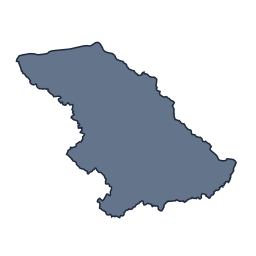 Entrerrios, Antioquia, Colombia, rotated 174°
{"feature_id": "7082276B40374879767570", "entity_name": "Entrerrios", "entity_type": "district", "adm_level": 2, "iso_a3": "COL", "parent_name": "Colombia", "parent_adm1": "Antioquia", "projection": "mercator", "projection_center": [-75.561, 6.592], "detail": "fine", "context": "isolated", "style": "filled", "palette": "slate", "viewbox_px": 256, "rotation_deg": 174, "n_neighbors": 0, "source": "geoboundaries", "source_scale": "gbopen_adm2", "svg_char_len": 5749}
<svg xmlns="http://www.w3.org/2000/svg" viewBox="0 0 256 256"><g transform="rotate(174 128 128)"><path d="M232.0,206.0L231.5,205.7L230.6,205.7L229.6,205.1L229.8,203.4L229.0,201.9L229.0,200.6L228.4,199.5L228.2,197.3L228.0,196.9L228.0,195.8L227.2,195.4L227.0,193.7L226.7,193.2L225.8,192.9L225.1,192.4L223.8,189.6L222.6,189.0L221.9,188.0L221.1,187.2L221.0,186.6L220.1,185.3L220.7,184.7L220.6,183.2L219.0,181.4L217.5,180.8L214.8,181.3L214.5,180.6L214.5,179.4L214.0,178.2L213.1,177.1L212.0,176.3L210.5,176.3L209.2,175.7L208.3,175.6L207.1,175.9L205.1,175.1L203.6,175.2L203.4,174.8L203.7,173.9L203.6,173.1L203.0,173.0L202.8,171.9L201.9,170.9L199.3,168.6L198.6,166.9L193.2,166.8L192.1,166.3L191.6,165.5L191.7,164.9L193.9,164.2L194.3,163.6L194.2,163.0L193.7,161.7L192.8,161.0L192.5,160.0L191.9,159.8L191.0,160.7L190.5,160.6L190.4,158.5L190.0,158.0L188.3,157.2L187.6,157.3L185.4,159.2L184.7,159.3L183.6,157.1L183.0,156.9L181.2,157.3L180.4,156.8L180.5,155.2L181.7,152.4L181.6,151.6L180.5,150.1L181.3,149.6L181.5,149.0L180.2,147.4L180.2,146.9L181.4,146.4L182.9,145.3L183.3,144.8L183.3,143.9L182.9,143.6L182.2,143.5L181.9,142.5L181.2,141.9L178.1,140.6L177.4,140.1L177.2,139.3L177.5,137.8L176.7,137.8L175.7,136.3L175.9,136.0L177.2,135.7L177.4,135.4L177.5,134.8L177.2,132.9L176.7,132.9L175.9,133.5L175.1,132.8L174.2,133.4L173.7,132.9L174.2,131.8L173.9,130.7L175.8,129.0L176.0,128.5L172.7,127.1L172.1,126.6L172.0,126.1L172.3,125.5L174.0,123.9L174.2,121.4L174.4,121.0L175.3,120.7L175.8,119.3L176.5,119.0L177.6,119.4L179.6,118.1L180.8,117.7L181.1,117.5L181.4,115.7L182.3,114.9L185.2,114.3L187.2,114.8L187.3,114.4L187.0,113.5L190.0,111.9L190.3,110.8L191.9,108.2L190.1,106.9L189.2,105.4L188.2,104.8L187.5,103.1L186.7,102.8L186.7,102.1L186.0,100.9L184.3,100.3L183.4,99.4L183.0,98.5L183.0,97.1L180.7,94.4L180.1,93.2L178.2,92.2L176.4,91.8L174.7,90.0L173.2,89.4L173.0,89.0L173.1,87.0L172.8,86.7L172.2,86.5L170.3,88.2L168.4,88.5L167.4,89.8L166.1,90.2L165.1,91.4L164.4,91.6L163.9,91.1L163.6,89.6L162.9,88.9L162.2,87.4L161.6,87.0L160.2,86.7L159.0,86.1L158.1,84.7L156.8,83.3L156.0,80.3L155.1,79.6L156.1,76.9L155.9,75.8L156.1,75.1L155.6,74.6L153.1,74.4L152.7,73.8L152.4,71.9L151.1,71.5L150.7,71.0L150.7,69.2L152.3,66.4L152.5,63.1L152.9,62.7L153.4,62.7L155.2,64.4L156.0,64.5L159.3,59.7L160.7,58.4L161.3,58.5L161.6,59.0L163.0,60.2L163.3,61.0L163.6,61.0L164.2,60.8L165.6,59.5L166.2,58.2L166.0,57.6L165.0,57.6L164.6,57.2L163.9,56.0L164.0,53.8L164.6,51.8L164.6,51.1L163.2,50.3L162.2,49.1L159.3,47.1L158.9,46.5L158.7,45.0L157.9,43.9L156.3,43.5L154.5,44.0L153.6,42.3L153.5,41.3L152.1,42.0L151.5,41.8L150.5,41.2L148.9,41.7L145.8,39.7L145.4,40.0L144.9,41.2L144.4,41.7L142.6,41.1L141.7,41.5L141.0,42.3L140.9,43.7L139.9,44.7L139.0,46.1L136.6,46.5L135.7,47.5L134.5,46.8L132.3,47.1L131.8,47.4L131.2,48.6L129.2,48.9L128.0,50.7L124.7,52.1L123.7,53.3L123.0,53.2L122.2,53.9L121.2,53.8L120.6,53.5L120.7,51.5L120.0,49.7L118.9,50.0L118.3,50.0L116.9,50.9L114.8,50.6L113.5,49.7L112.5,49.5L112.3,48.9L112.5,48.0L112.0,47.3L111.3,47.4L110.8,48.1L110.3,48.3L109.0,47.4L107.6,47.5L106.8,47.2L106.2,46.2L106.3,43.8L104.8,42.5L103.5,42.1L103.0,42.2L101.9,43.7L101.4,44.0L101.4,44.6L100.6,45.4L100.2,47.5L99.6,48.3L98.4,49.0L97.8,50.0L96.5,50.4L95.6,51.3L94.8,50.6L92.7,50.8L91.6,50.6L89.9,50.9L88.2,50.6L87.9,51.3L87.3,51.6L84.2,49.6L82.3,49.8L80.7,49.1L80.2,49.5L79.8,48.5L79.3,48.2L78.0,49.2L77.5,49.2L76.5,50.3L75.5,50.4L74.4,51.1L72.0,51.3L71.5,52.2L70.1,51.1L68.1,51.1L67.5,50.6L66.1,51.6L65.3,51.6L64.6,50.2L63.9,49.9L62.7,50.5L62.3,51.2L62.3,52.8L61.8,54.0L61.3,54.7L60.5,54.9L58.7,54.1L58.1,53.6L57.4,53.5L57.6,52.3L57.4,52.0L56.8,51.7L56.3,51.1L55.5,50.8L55.1,49.9L54.3,49.8L53.6,50.1L53.2,51.1L52.5,51.8L51.6,52.5L50.5,52.6L49.8,53.2L49.1,54.3L49.5,54.9L49.4,55.4L48.4,55.8L47.4,56.9L46.8,57.0L46.0,56.5L44.1,57.1L43.2,58.0L43.2,59.2L42.6,59.2L42.1,59.8L41.4,60.1L41.0,60.7L40.5,60.6L40.2,59.6L39.9,59.5L40.1,60.6L38.5,61.0L38.2,61.4L38.1,62.7L37.6,62.9L37.6,62.6L37.3,62.6L36.5,64.2L34.2,64.4L33.9,63.4L33.3,63.8L33.1,64.4L32.6,64.7L32.2,66.3L32.1,66.7L31.6,66.7L31.7,67.5L30.9,68.3L31.1,69.1L30.6,70.5L30.9,70.8L29.9,71.3L27.5,74.3L27.3,74.6L27.5,76.1L26.7,77.9L24.9,80.3L25.0,80.8L24.7,81.6L24.0,82.1L25.0,84.2L26.6,85.6L32.1,87.0L33.0,86.9L33.8,85.6L35.6,85.4L37.2,85.5L38.4,85.8L40.1,86.3L40.9,86.9L41.4,87.7L42.1,90.1L43.3,92.1L48.1,97.1L48.7,98.3L48.5,99.1L47.1,100.8L48.9,103.9L49.5,104.1L51.1,105.3L52.2,106.7L54.2,106.4L55.0,106.9L55.8,109.9L56.8,111.1L58.4,111.3L60.7,112.2L61.2,112.5L61.7,113.7L62.2,114.2L65.0,114.9L65.5,116.9L65.4,118.0L65.6,119.0L65.9,119.4L67.1,119.7L68.5,120.5L70.5,123.1L71.6,126.1L74.3,127.0L76.3,130.1L77.7,130.2L78.7,131.0L80.4,131.5L80.4,133.0L80.9,134.2L80.8,136.9L80.6,137.6L81.1,138.3L80.6,139.2L80.6,140.2L80.2,141.8L81.5,145.7L80.4,146.6L79.3,148.5L80.1,149.8L82.5,151.0L84.1,153.1L85.1,153.5L86.1,154.9L86.8,155.2L87.1,155.0L89.7,155.2L92.7,157.7L93.0,159.4L92.3,161.0L95.1,162.3L95.9,163.7L95.1,164.6L94.8,165.2L95.8,166.8L94.3,173.0L94.6,173.8L95.7,175.2L96.5,175.7L99.0,176.1L100.9,176.8L102.0,177.8L103.1,179.4L105.7,180.3L106.2,180.9L106.3,181.9L106.8,181.6L107.6,181.6L108.0,180.3L108.5,180.6L108.8,179.7L109.9,179.2L111.2,179.1L112.0,179.6L112.6,179.3L113.5,181.0L115.3,182.3L115.7,184.1L117.9,184.9L120.8,186.5L121.7,188.0L122.6,189.1L122.8,190.8L123.3,191.8L124.9,192.7L126.0,194.7L128.7,195.6L131.7,197.3L132.6,198.4L133.6,201.3L135.1,203.2L136.3,203.8L140.8,205.3L143.2,206.6L144.7,208.8L145.1,210.7L147.1,214.9L148.8,216.3L151.2,216.3L156.3,213.7L158.1,213.6L160.0,214.2L164.2,214.2L177.7,212.6L195.1,212.7L198.3,212.1L199.9,210.8L200.8,210.5L203.7,210.2L209.3,210.2L211.6,210.7L213.3,211.5L217.7,212.2L225.4,211.7L228.7,211.1L229.1,210.8L229.9,209.6L231.0,208.5L232.0,206.0Z" fill="#64748b" stroke="#1e293b" stroke-width="1.5"/></g></svg>